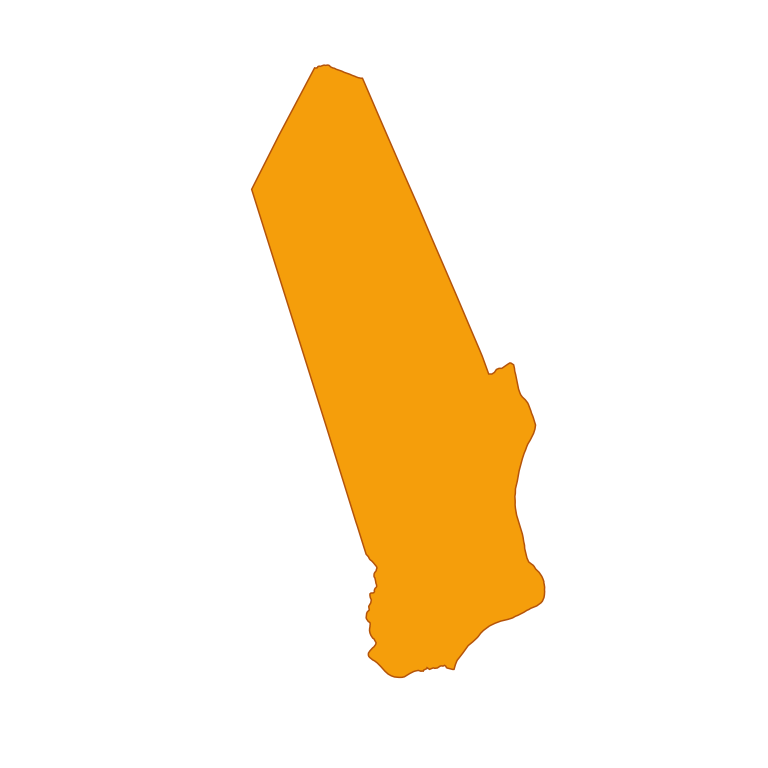 the district of Juruti, Pará, Brazil, rotated 132°
{"feature_id": "56859067B6848818390929", "entity_name": "Juruti", "entity_type": "district", "adm_level": 2, "iso_a3": "BRA", "parent_name": "Brazil", "parent_adm1": "Pará", "projection": "albers", "projection_center": [-56.071, -2.648], "detail": "fine", "context": "isolated", "style": "filled", "palette": "amber", "viewbox_px": 768, "rotation_deg": 132, "n_neighbors": 0, "source": "geoboundaries", "source_scale": "gbopen_adm2", "svg_char_len": 3039}
<svg xmlns="http://www.w3.org/2000/svg" viewBox="0 0 768 768"><g transform="rotate(132 384 384)"><path d="M311.3,246.9L309.3,250.2L308.3,252.0L307.0,254.8L305.7,256.9L302.6,262.9L301.9,264.6L301.2,268.4L301.1,272.5L300.5,275.3L299.6,277.2L297.8,280.5L288.9,292.5L287.0,295.4L285.1,297.5L283.0,300.5L283.5,303.7L284.2,304.6L286.6,305.3L289.2,305.9L293.5,306.9L295.4,309.0L298.0,310.2L301.5,309.7L304.4,310.5L306.5,312.9L297.6,329.6L295.0,335.1L284.3,358.2L274.9,378.3L270.1,388.6L256.8,417.5L248.6,435.4L242.2,449.3L229.7,476.1L215.6,507.5L212.4,514.6L187.6,568.9L173.0,600.6L171.2,604.6L172.4,606.0L172.9,607.0L173.5,607.9L174.5,610.4L174.8,611.5L175.9,614.1L176.7,616.7L179.0,622.1L179.7,624.6L182.1,630.2L182.5,632.0L183.4,633.6L184.0,635.6L184.0,638.1L184.6,639.2L186.5,640.8L187.1,641.9L188.2,642.6L190.5,643.8L191.2,644.9L192.3,645.5L193.6,645.2L194.9,646.1L195.5,647.1L197.1,646.7L205.4,644.6L270.2,628.3L273.0,627.5L327.9,612.6L455.0,397.1L475.2,363.2L505.4,312.4L507.6,308.5L518.1,290.8L522.5,283.3L522.8,280.1L523.7,277.8L523.9,276.4L523.7,274.9L523.9,272.4L524.7,267.4L525.4,266.1L526.9,265.6L527.8,264.9L530.5,264.7L531.7,264.3L532.9,263.4L533.9,262.4L534.2,261.1L534.8,260.2L536.0,258.5L537.5,256.6L538.2,255.2L539.3,254.0L540.5,253.7L541.8,253.9L543.8,253.2L544.7,252.1L546.0,252.0L546.9,252.6L548.0,253.8L549.4,254.0L550.7,252.8L552.0,251.1L552.9,249.0L555.5,247.4L559.4,246.6L560.3,245.6L561.7,243.8L564.6,243.9L566.1,243.4L569.6,240.9L570.2,240.0L571.0,236.8L570.7,234.9L571.6,233.6L572.7,232.9L573.5,232.2L575.4,231.0L576.8,229.9L577.7,228.8L578.5,227.7L579.6,225.4L580.4,222.3L580.1,221.1L581.6,216.7L583.2,215.9L586.1,215.6L587.8,215.9L591.8,215.9L594.4,215.5L595.9,214.3L596.6,213.0L596.8,211.6L596.6,207.7L596.1,205.9L595.8,202.4L596.1,197.3L596.8,191.0L596.8,186.9L596.0,183.3L594.7,180.2L591.9,176.4L589.9,174.3L587.9,172.9L581.8,171.1L577.7,169.5L576.1,168.5L573.9,166.9L572.7,164.3L571.8,163.7L571.2,162.7L569.8,163.0L567.0,161.8L566.0,162.2L565.6,159.2L562.9,157.9L561.8,157.2L561.4,156.1L559.3,154.3L556.1,153.5L554.7,152.4L554.2,151.4L552.6,150.8L552.4,149.1L553.0,147.8L552.7,146.8L550.0,141.7L549.2,141.0L544.7,143.2L541.2,144.5L539.9,144.8L537.8,144.9L531.1,145.4L522.1,146.4L516.1,145.5L510.3,145.0L508.5,145.0L504.7,145.4L500.6,145.2L493.5,143.8L492.1,143.3L487.5,141.4L482.1,138.6L476.0,134.4L473.8,133.1L471.7,131.9L468.6,130.9L466.5,129.8L460.0,127.3L456.4,126.3L454.8,125.5L452.6,124.9L446.7,122.0L441.4,120.9L439.3,121.0L435.7,122.2L433.5,123.6L430.7,125.8L429.7,126.9L427.5,128.7L425.6,131.0L424.8,132.2L423.8,133.1L422.5,135.5L421.7,137.2L421.2,138.6L420.2,142.7L420.0,147.5L419.1,150.4L418.9,152.1L419.1,153.6L419.4,157.4L417.6,161.4L412.1,169.4L409.8,171.7L407.6,174.8L405.1,177.8L402.9,180.8L392.8,197.6L388.4,203.2L386.1,205.7L384.3,207.2L382.9,208.5L380.0,211.5L377.4,213.2L373.9,216.2L366.9,220.0L357.9,225.6L346.9,231.2L341.7,233.5L338.2,234.7L335.1,236.0L332.5,236.9L327.5,237.9L320.6,239.8L316.6,241.6L313.1,243.9L311.3,246.9Z" fill="#f59e0b" stroke="#b45309" stroke-width="1.5"/></g></svg>